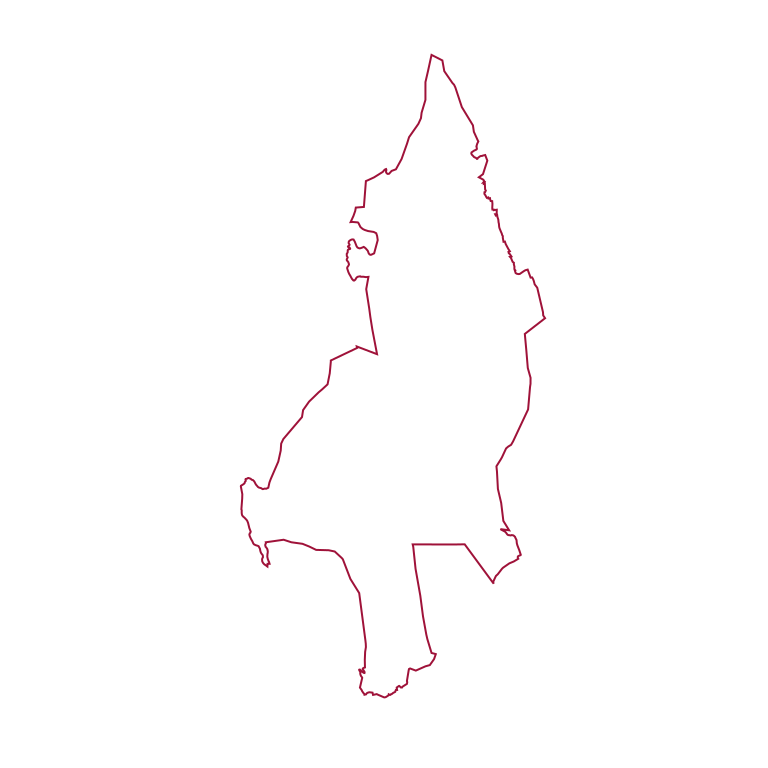 outline of Oxchuc, Chiapas, Mexico, rotated 252°
{"feature_id": "50627088B29165563245458", "entity_name": "Oxchuc", "entity_type": "district", "adm_level": 2, "iso_a3": "MEX", "parent_name": "Mexico", "parent_adm1": "Chiapas", "projection": "albers", "projection_center": [-92.342, 16.796], "detail": "fine", "context": "isolated", "style": "outline", "palette": "rose", "viewbox_px": 768, "rotation_deg": 252, "n_neighbors": 0, "source": "geoboundaries", "source_scale": "gbopen_adm2", "svg_char_len": 6125}
<svg xmlns="http://www.w3.org/2000/svg" viewBox="0 0 768 768"><g transform="rotate(252 384 384)"><path d="M246.4,216.7L249.0,217.7L248.4,219.6L249.2,219.6L250.2,219.7L251.0,219.5L253.4,219.4L255.5,219.6L256.3,219.8L257.4,220.3L258.4,220.6L258.9,221.0L260.3,221.6L261.0,221.8L261.6,221.8L262.0,222.0L262.7,221.9L263.3,222.0L265.2,221.4L265.7,221.1L267.3,221.2L268.2,221.6L268.9,222.4L269.6,222.7L270.0,222.7L266.9,240.4L262.1,247.0L257.2,257.1L252.5,262.7L247.2,268.2L243.0,280.0L239.9,285.4L231.5,290.1L230.0,290.7L209.0,291.8L192.8,295.8L146.0,287.1L142.6,286.4L139.4,285.5L135.1,283.3L127.6,280.5L120.3,278.3L120.3,277.3L120.2,276.4L119.8,275.8L119.1,275.6L118.3,276.0L116.3,276.5L115.9,276.5L115.2,276.1L115.5,275.5L117.3,274.1L119.8,272.9L120.0,272.3L119.8,272.0L118.9,272.1L117.7,272.4L116.9,272.3L115.8,271.9L114.7,271.8L113.4,271.9L112.0,272.4L111.3,272.5L102.7,267.3L99.7,268.2L98.5,268.3L96.0,269.1L95.3,269.5L94.5,269.4L94.4,271.0L94.6,271.1L95.4,272.6L95.4,274.7L94.5,276.7L94.0,277.7L91.7,277.5L91.3,281.3L91.0,281.5L85.9,287.3L85.7,288.1L85.7,289.2L86.5,292.1L87.4,292.6L86.7,293.3L86.4,293.7L86.4,294.0L86.8,294.8L86.7,295.2L86.8,295.8L87.4,297.3L87.7,299.4L87.8,299.6L88.6,300.1L89.4,300.8L89.0,301.9L91.4,302.3L92.2,304.9L92.2,305.1L92.0,305.3L90.1,306.3L89.8,307.4L90.4,308.0L91.7,313.1L93.3,314.0L94.4,314.0L104.1,319.0L105.2,319.7L105.4,320.9L101.6,325.7L102.7,336.2L102.5,340.7L106.9,346.6L111.1,349.8L111.6,349.1L113.5,346.1L128.0,346.4L132.6,346.8L151.0,349.3L171.4,353.1L198.5,356.9L220.1,361.5L222.6,361.7L209.7,401.1L206.6,411.2L160.2,426.6L162.1,426.7L166.1,430.4L166.9,431.2L167.9,433.4L171.8,439.1L172.5,440.5L174.7,447.8L175.1,452.6L176.3,457.7L177.6,457.6L178.4,457.9L178.8,458.4L179.0,460.0L179.0,461.0L179.3,461.3L184.0,461.3L189.4,461.0L191.5,461.1L194.6,461.8L197.4,461.4L198.1,461.4L199.6,460.6L200.3,459.9L200.6,459.2L200.9,458.5L200.8,457.8L201.0,457.3L201.3,456.9L201.8,455.7L202.4,455.0L203.0,454.7L205.2,454.0L206.3,453.4L209.1,450.6L210.0,449.9L206.2,457.8L216.9,455.2L234.7,458.7L249.0,459.9L265.9,464.4L271.0,465.5L276.0,471.5L277.8,473.5L285.0,480.2L286.1,482.8L286.9,486.1L289.5,489.0L315.3,513.2L336.1,522.0L338.9,523.4L344.6,525.3L354.8,525.7L372.2,529.8L388.1,533.4L396.8,557.5L400.0,556.6L403.2,557.4L428.2,559.5L432.2,558.1L435.8,558.3L437.7,558.2L439.6,557.8L439.9,556.3L448.4,556.0L448.5,553.6L448.1,551.8L446.7,547.1L447.0,545.8L447.8,544.4L448.8,543.5L451.4,543.5L451.6,544.0L452.7,543.5L454.0,543.8L455.2,544.3L457.9,544.5L459.2,545.0L460.4,544.1L464.7,543.7L466.0,543.1L465.9,544.6L468.7,543.8L469.8,543.1L471.2,543.2L471.3,544.7L473.9,544.0L479.5,543.0L482.1,543.0L482.3,541.6L486.5,542.2L487.9,542.7L489.3,542.4L490.7,542.5L492.4,542.3L496.5,542.0L497.9,542.1L500.9,542.8L502.3,542.9L505.0,543.5L507.9,543.5L509.6,543.8L509.6,542.4L511.1,542.2L510.7,543.8L512.1,544.1L514.9,545.1L515.2,543.5L515.4,542.1L516.0,542.2L516.4,541.0L517.8,541.3L521.8,542.8L524.5,543.4L525.1,542.0L526.6,542.0L528.0,542.2L528.1,540.7L529.2,540.8L529.2,539.4L530.5,539.0L532.1,538.8L533.4,538.3L534.0,538.3L535.3,538.8L535.2,539.4L536.5,540.6L537.8,540.3L543.3,541.8L543.4,541.0L544.7,542.0L544.9,540.6L545.9,542.0L547.6,541.6L551.3,538.1L553.0,543.0L564.5,551.3L570.5,551.0L570.7,548.6L570.6,547.8L570.9,546.6L570.9,546.2L570.8,545.5L569.9,542.9L569.3,542.4L569.4,541.9L570.0,541.7L571.0,541.0L571.2,540.6L572.3,539.6L572.8,539.5L574.8,538.5L575.6,538.3L576.4,538.3L577.2,538.8L578.1,541.8L578.4,544.3L578.9,545.0L579.4,545.1L580.0,545.1L580.8,545.4L581.4,545.3L583.6,546.8L585.6,548.7L586.3,548.5L596.1,547.4L602.5,548.5L623.3,543.6L644.0,543.5L647.0,543.1L649.1,542.1L662.9,538.0L673.7,539.5L682.3,530.9L668.1,522.6L658.3,516.7L641.4,511.2L630.4,503.6L625.4,501.3L620.8,497.1L611.0,484.1L605.5,480.2L592.6,470.3L584.5,461.7L584.3,457.1L582.4,453.8L582.5,453.0L582.8,452.2L584.4,451.4L585.8,451.7L586.8,452.4L587.8,452.4L587.8,451.7L587.5,450.6L586.1,448.4L583.6,438.4L582.8,431.9L582.6,429.5L558.6,419.6L560.5,411.7L557.5,410.1L553.3,406.9L548.3,402.3L547.9,404.0L545.8,409.0L545.6,409.2L544.7,409.5L540.6,410.1L538.1,411.6L536.5,413.2L534.4,416.1L531.8,421.2L529.8,423.2L526.9,423.2L522.8,422.5L511.3,415.0L510.9,411.8L511.1,410.9L511.9,410.2L513.2,409.8L514.6,409.8L515.8,409.7L518.8,408.4L520.2,407.5L520.7,407.0L520.7,406.7L520.5,406.2L520.4,403.8L520.5,402.8L521.2,401.7L522.1,400.9L523.4,400.5L528.4,400.2L530.8,399.7L531.2,398.9L531.4,397.7L531.2,396.5L530.8,395.2L530.1,394.4L529.0,393.9L527.1,394.3L526.5,393.8L526.2,392.6L525.8,392.2L525.0,392.4L524.2,393.5L523.1,393.6L522.9,393.3L523.0,392.1L522.7,391.1L522.1,390.7L520.6,390.2L520.2,389.9L519.3,388.8L518.0,388.4L517.0,388.2L516.2,388.5L515.5,388.5L514.1,387.1L513.4,386.9L512.8,386.9L512.0,387.4L510.8,387.7L509.7,387.7L508.7,387.7L508.2,387.4L507.4,386.6L506.3,385.1L505.3,384.7L501.4,384.7L499.0,385.0L497.5,385.4L496.6,385.5L493.6,386.1L492.8,386.6L492.2,386.7L491.6,387.4L491.7,388.0L492.1,389.0L493.4,390.4L493.9,391.3L494.1,392.3L493.8,394.6L493.2,395.1L492.5,397.3L491.2,399.9L490.7,402.3L479.7,396.4L460.5,393.3L451.8,391.7L439.1,389.7L414.5,386.6L428.1,369.7L426.6,369.6L422.8,340.7L421.6,340.3L410.9,335.7L401.1,330.2L398.0,323.5L396.3,319.3L390.4,307.3L384.2,299.0L377.9,295.8L362.8,271.3L359.1,267.8L352.6,265.2L342.9,259.5L328.6,246.9L325.7,244.6L321.1,241.9L320.8,239.6L321.4,238.2L321.4,236.6L321.5,236.2L321.7,235.9L322.8,235.1L324.2,233.0L324.9,232.4L328.0,231.1L331.5,230.5L333.2,229.6L333.9,228.5L335.1,227.9L336.4,226.2L336.6,225.7L336.3,224.6L336.4,223.1L336.1,222.8L334.6,222.6L333.7,221.3L332.7,220.7L332.2,219.6L331.4,216.5L330.8,216.2L323.0,215.2L318.8,213.7L308.8,209.6L308.0,209.7L305.3,208.8L303.5,208.5L302.7,208.6L301.4,209.1L300.0,210.0L297.2,211.3L296.3,211.6L294.0,211.8L288.6,211.4L284.8,211.6L283.9,211.0L283.4,210.1L282.3,209.4L280.7,209.3L277.9,209.6L275.1,210.2L272.8,210.4L271.7,210.8L270.4,212.1L269.0,214.1L268.5,214.6L265.7,215.1L263.5,214.8L261.8,214.8L260.7,215.0L258.9,215.7L258.0,215.7L256.6,215.3L255.7,214.3L254.8,213.8L253.0,213.4L251.5,213.6L250.4,214.0L249.4,214.5L248.5,215.2L248.3,215.5L247.2,216.1L246.4,216.7Z" fill="none" stroke="#9f1239" stroke-width="2"/></g></svg>